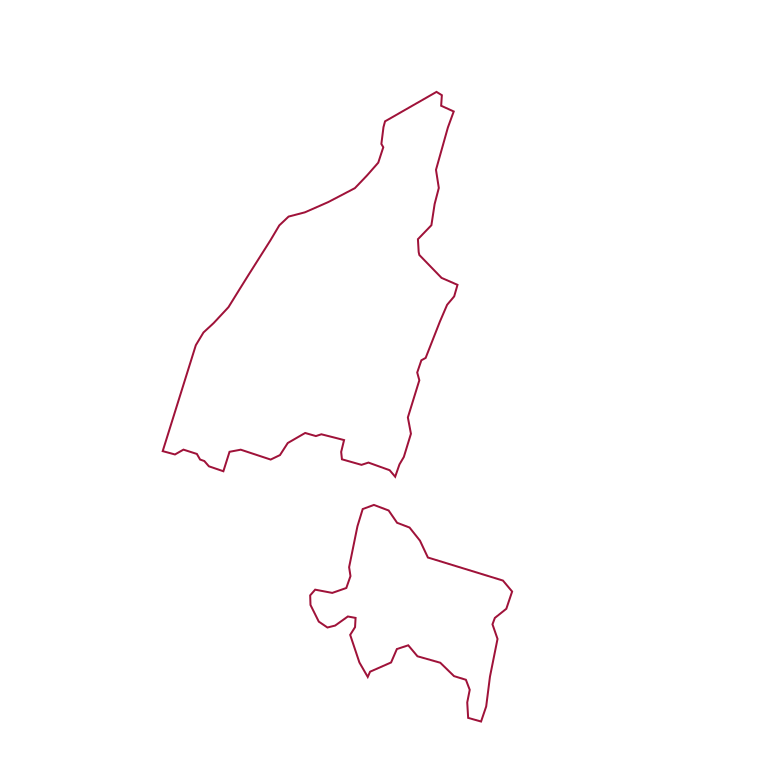 Magaria, Zinder, Niger, rotated 107°
{"feature_id": "23599985B72934105448405", "entity_name": "Magaria", "entity_type": "district", "adm_level": 2, "iso_a3": "NER", "parent_name": "Niger", "parent_adm1": "Zinder", "projection": "orthographic", "projection_center": [9.055, 13.224], "detail": "fine", "context": "isolated", "style": "outline", "palette": "rose", "viewbox_px": 768, "rotation_deg": 107, "n_neighbors": 0, "source": "geoboundaries", "source_scale": "gbopen_adm2", "svg_char_len": 1520}
<svg xmlns="http://www.w3.org/2000/svg" viewBox="0 0 768 768"><g transform="rotate(107 384 384)"><path d="M89.3,419.2L132.5,459.8L138.5,459.6L155.2,456.7L157.8,453.9L174.0,454.2L189.7,461.3L205.2,469.1L226.4,490.6L243.0,509.9L251.8,524.2L262.9,530.5L279.7,534.6L318.7,545.3L334.8,549.6L356.0,555.2L375.5,564.7L387.5,571.7L401.9,575.3L512.9,576.0L512.5,563.3L505.4,556.6L505.6,542.5L510.0,537.8L510.2,533.3L513.9,527.4L514.4,512.1L494.0,511.9L488.7,501.8L489.4,470.3L482.4,462.7L468.6,458.8L453.9,445.1L453.7,433.9L450.4,429.2L449.7,415.0L449.3,405.8L461.5,405.1L468.3,402.2L467.9,381.9L463.7,375.9L464.8,353.4L469.4,346.2L456.3,345.7L448.0,343.7L423.7,343.7L409.0,351.4L370.1,351.3L363.3,355.6L350.4,355.2L346.9,351.8L308.1,348.8L289.8,346.8L279.7,342.5L267.7,342.7L265.7,360.0L250.3,387.9L247.7,389.4L235.6,393.9L218.3,385.1L197.1,388.2L180.5,388.9L164.0,396.9L120.0,397.9L103.0,397.0L101.2,410.7L90.9,413.1L89.3,419.2ZM678.7,205.9L678.4,192.5L662.5,192.0L632.9,197.1L594.6,200.9L582.1,210.0L575.3,209.6L563.2,201.3L545.0,200.8L537.2,212.8L537.1,291.3L523.3,303.8L513.8,317.6L512.9,330.9L503.6,342.6L502.6,358.3L509.8,367.8L527.8,367.8L569.4,363.8L577.5,359.9L590.1,360.4L598.9,372.4L600.8,389.7L607.7,392.8L616.8,389.7L630.3,376.9L633.4,366.9L629.3,360.1L616.9,350.6L616.0,342.8L625.0,340.6L633.8,343.0L657.5,326.1L668.9,313.9L663.2,313.2L648.2,295.8L633.7,294.2L626.8,284.4L634.6,272.4L634.1,248.7L642.9,231.6L642.9,219.2L651.4,212.6L664.2,211.3L678.7,205.9Z" fill="none" stroke="#9f1239" stroke-width="2"/></g></svg>